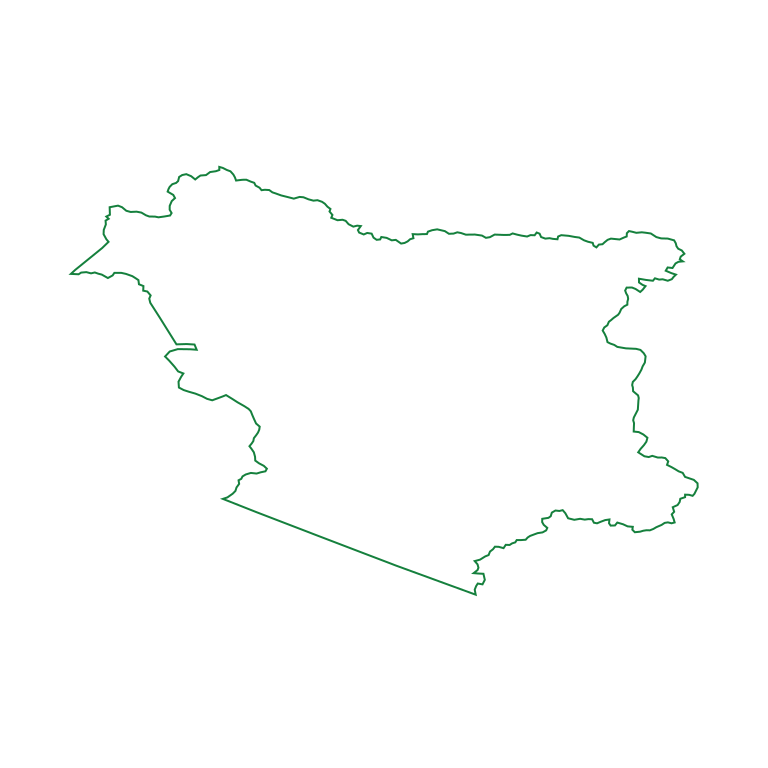 outline of Jaraguá, Goiás, Brazil, rotated 95°
{"feature_id": "56859067B8388721460270", "entity_name": "Jaraguá", "entity_type": "district", "adm_level": 2, "iso_a3": "BRA", "parent_name": "Brazil", "parent_adm1": "Goiás", "projection": "equal_earth", "projection_center": [-49.418, -15.72], "detail": "fine", "context": "isolated", "style": "outline", "palette": "green", "viewbox_px": 768, "rotation_deg": 95, "n_neighbors": 0, "source": "geoboundaries", "source_scale": "gbopen_adm2", "svg_char_len": 5520}
<svg xmlns="http://www.w3.org/2000/svg" viewBox="0 0 768 768"><g transform="rotate(95 384 384)"><path d="M455.6,63.0L452.5,67.0L450.3,76.0L446.5,78.7L445.3,82.9L443.5,86.5L441.7,90.4L439.9,95.0L436.3,94.1L433.3,97.3L433.0,100.9L433.4,104.8L432.2,110.5L433.7,113.9L433.3,118.3L429.9,124.8L426.4,122.8L422.2,119.7L418.6,117.6L414.6,116.9L411.7,121.2L409.7,126.0L409.6,131.1L405.8,131.3L401.2,131.5L398.4,132.6L395.6,132.2L391.2,130.4L387.5,128.9L382.4,129.0L378.2,129.1L375.8,129.0L373.2,129.9L369.5,135.2L365.7,135.8L363.4,136.7L360.2,136.3L357.2,133.8L354.4,132.2L351.3,130.6L347.2,128.8L343.9,127.9L339.9,126.0L333.6,125.8L330.7,127.9L327.7,131.5L327.0,135.9L327.4,146.1L326.7,154.8L325.0,158.0L324.0,162.0L322.8,165.0L318.4,166.5L314.9,168.5L311.7,170.8L308.5,169.5L306.0,166.6L302.4,165.4L300.5,163.3L298.3,161.2L294.6,156.8L292.4,155.5L288.6,154.2L285.6,151.4L283.8,148.5L280.9,148.7L277.9,148.2L275.1,148.9L272.5,150.7L269.9,151.9L266.8,150.7L266.3,145.3L267.4,141.7L270.0,136.8L267.5,134.5L263.7,132.0L262.7,135.1L260.6,138.8L256.9,139.2L257.5,132.0L257.7,125.1L255.1,123.3L256.0,119.0L255.4,115.5L256.4,110.3L254.5,106.4L252.0,104.8L249.6,102.7L248.5,107.4L246.6,113.2L243.2,111.6L243.3,106.7L238.5,104.1L236.6,101.3L235.8,97.0L234.0,100.2L231.2,99.5L228.1,96.1L225.0,99.0L223.6,102.7L221.3,104.6L218.4,105.6L215.6,107.5L214.4,114.0L214.8,120.6L213.9,125.5L210.8,131.3L210.5,136.7L210.4,140.4L211.4,145.8L210.7,150.0L210.3,153.3L212.6,155.2L215.9,155.1L217.2,157.8L219.5,161.9L219.4,170.6L220.9,173.8L223.5,176.5L225.7,178.5L226.4,182.1L229.4,184.3L227.9,187.3L225.2,188.4L224.5,193.2L223.4,197.3L221.1,202.2L220.9,206.7L220.3,213.0L220.3,220.4L221.9,223.4L224.7,223.8L224.7,228.4L224.3,231.8L225.1,236.0L223.9,240.3L220.7,242.1L219.8,245.1L222.7,246.9L222.9,251.0L224.6,254.3L224.2,260.0L223.6,264.5L222.8,269.0L224.5,271.8L225.1,278.2L225.5,286.8L228.5,291.3L229.5,295.2L227.6,299.3L227.2,306.5L228.1,315.5L226.9,320.4L226.5,324.2L228.1,327.8L228.7,332.4L226.4,336.7L225.3,344.5L226.6,349.5L228.4,353.5L230.9,354.3L231.4,359.1L232.0,363.2L232.2,368.5L236.2,367.4L237.5,370.6L239.9,372.9L241.7,375.8L242.6,379.2L239.4,384.8L240.2,388.8L238.2,394.1L237.8,399.5L240.3,400.4L241.0,403.9L239.1,407.2L235.3,409.4L235.0,413.9L236.8,417.2L235.3,422.0L232.9,423.4L228.7,420.9L228.6,424.5L229.9,428.3L227.9,433.2L224.8,436.4L224.0,439.6L224.9,444.6L223.0,451.0L220.1,450.1L216.9,453.3L214.3,452.6L212.3,455.8L209.6,458.6L207.9,461.6L206.7,466.3L207.5,470.3L206.6,475.3L205.0,480.5L205.0,484.4L207.2,490.0L206.1,496.6L205.1,502.9L203.6,508.5L202.8,511.9L200.8,515.2L200.9,519.6L201.6,522.9L199.3,525.1L197.5,529.2L194.9,530.8L194.0,534.4L192.5,538.9L192.9,542.9L194.2,549.1L191.2,550.5L188.5,552.3L185.5,555.5L184.5,559.2L182.8,563.4L182.1,567.0L185.2,566.7L186.7,570.1L188.0,575.7L191.4,579.5L192.3,585.0L194.1,587.2L196.7,589.9L193.8,594.2L192.2,599.2L193.4,603.2L195.6,606.1L199.8,606.8L201.8,608.6L203.4,612.3L206.3,614.7L208.7,615.7L211.2,616.3L214.0,610.4L217.0,608.4L220.3,611.4L225.2,613.0L229.1,612.7L232.2,610.5L234.8,611.8L236.3,617.5L237.6,623.2L237.2,626.7L237.6,632.4L236.7,635.8L234.4,640.6L233.9,645.5L234.7,651.4L233.9,655.8L230.7,660.4L229.5,664.5L231.8,672.7L239.3,671.8L241.4,675.2L243.4,672.7L245.5,675.6L249.3,675.0L254.9,676.6L259.2,676.4L264.0,673.2L266.4,670.8L273.1,676.6L297.2,701.5L301.6,705.5L301.3,697.8L299.4,695.4L298.5,690.3L299.3,685.5L298.1,681.8L299.0,678.3L299.6,674.7L302.5,668.3L299.5,663.8L296.8,662.3L296.2,655.3L296.8,650.7L298.5,644.1L300.2,640.8L301.9,637.7L306.0,636.8L307.4,632.2L312.0,632.0L312.5,627.8L316.1,624.2L319.4,625.3L323.5,623.9L337.1,613.4L362.6,594.2L361.4,584.1L361.2,576.2L366.2,573.6L366.3,580.2L367.2,592.4L370.3,600.3L375.7,604.5L379.4,600.1L385.0,594.2L389.4,590.2L391.0,584.8L394.7,586.8L399.6,588.9L405.4,588.0L407.5,583.0L408.7,577.8L410.0,571.1L412.0,564.3L414.2,559.0L415.2,553.7L412.5,547.9L410.5,543.7L408.8,540.4L412.1,533.8L415.0,528.3L418.2,521.3L420.7,516.6L422.8,514.3L426.4,512.5L430.1,510.5L434.5,508.0L437.3,504.1L440.4,504.3L443.4,505.3L446.2,506.9L449.3,508.9L452.2,509.2L454.6,510.5L457.7,512.6L460.2,510.3L463.4,507.7L467.8,506.1L471.5,505.6L473.9,501.6L476.0,496.6L478.6,493.3L481.3,494.5L482.7,499.1L484.3,503.1L484.2,508.9L486.2,513.9L488.4,516.9L490.9,517.9L492.6,520.5L496.1,519.6L499.9,521.9L503.5,522.7L506.5,525.2L510.6,530.1L512.5,534.5L522.9,499.5L538.5,445.1L539.7,441.0L555.6,385.2L561.1,365.8L562.1,362.3L563.8,356.4L585.9,274.3L581.0,275.7L577.3,274.6L574.6,273.2L575.0,268.4L570.3,266.5L564.4,268.4L564.6,273.9L564.6,278.2L561.2,274.6L558.8,273.9L555.5,275.1L552.5,278.2L550.6,273.0L546.9,268.1L545.3,264.9L541.7,263.8L539.1,261.0L536.4,259.3L536.2,255.6L537.1,250.6L533.6,248.7L533.4,244.8L531.6,242.5L530.3,239.4L527.9,238.2L527.6,234.3L526.8,229.3L524.4,227.5L522.6,225.2L519.2,218.0L518.0,213.1L515.7,209.7L513.1,208.8L510.4,212.6L507.8,214.4L504.5,214.6L503.0,208.5L501.2,206.4L497.5,205.6L495.1,202.2L495.2,198.2L494.1,195.0L496.9,192.1L501.7,188.9L502.7,182.6L501.2,176.9L501.6,172.2L500.8,168.7L500.6,164.9L503.9,162.8L504.2,159.6L502.3,156.0L500.3,151.8L499.3,147.6L503.1,147.7L505.3,145.9L504.8,141.6L501.7,139.5L502.9,133.6L504.6,128.9L504.6,123.7L507.5,123.9L509.8,121.2L508.8,116.0L507.6,113.0L506.8,109.8L506.6,106.4L504.9,103.0L502.9,100.2L500.2,95.2L497.9,92.3L497.1,89.1L497.7,85.4L496.6,82.4L493.2,83.7L488.8,86.0L486.0,83.8L481.6,85.6L479.0,81.0L475.8,79.2L472.5,78.8L470.5,74.2L468.0,74.4L467.8,70.5L468.5,66.8L466.4,65.2L459.6,62.5L455.6,63.0Z" fill="none" stroke="#15803d" stroke-width="2"/></g></svg>